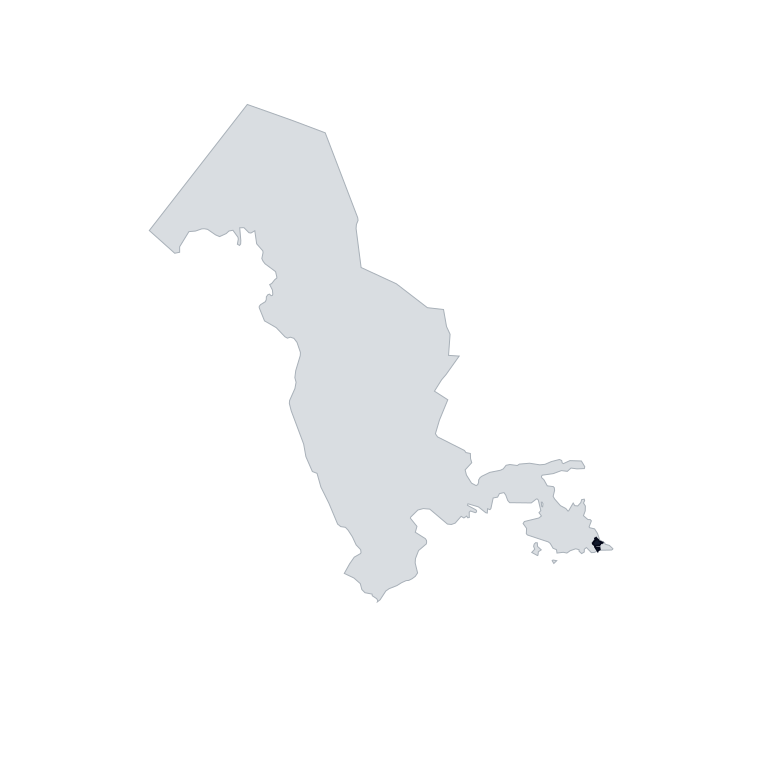 Djalalkuduk, Andijon, Uzbekistan (highlighted), rotated 27°
{"feature_id": "79887680B24137157284199", "entity_name": "Djalalkuduk", "entity_type": "district", "adm_level": 2, "iso_a3": "UZB", "parent_name": "Uzbekistan", "parent_adm1": "Andijon", "projection": "albers", "projection_center": [72.656, 40.749], "detail": "fine", "context": "in_parent", "style": "filled", "palette": "ink", "viewbox_px": 768, "rotation_deg": 27, "n_neighbors": 0, "source": "geoboundaries", "source_scale": "gbopen_adm2", "svg_char_len": 4483}
<svg xmlns="http://www.w3.org/2000/svg" viewBox="0 0 768 768"><g transform="rotate(27 384 384)"><path d="M584.4,367.9L594.8,363.0L600.4,366.5L600.9,368.4L594.5,372.0L588.8,374.0L587.0,378.6L581.4,380.6L575.5,387.0L566.4,393.4L566.2,394.8L567.0,395.9L569.9,396.7L575.7,400.6L581.4,398.6L582.8,399.1L584.3,401.3L585.7,407.3L588.2,409.0L596.4,412.3L602.5,412.4L605.6,413.7L606.1,413.2L606.6,404.2L609.2,405.8L612.0,404.7L613.2,400.3L612.6,397.3L614.7,395.7L615.7,396.8L615.8,399.5L618.8,401.3L620.9,405.7L621.5,410.8L627.2,412.2L629.3,411.2L630.9,411.8L631.6,418.2L632.4,418.7L637.4,417.5L642.0,420.2L647.1,425.1L652.7,425.4L653.9,426.3L658.0,425.5L662.7,426.8L662.8,427.6L662.0,428.7L650.9,434.6L647.8,438.7L645.3,440.1L638.6,437.8L637.5,440.3L638.7,442.8L637.1,445.4L633.7,444.4L633.0,443.1L629.6,443.8L625.6,448.0L623.7,451.6L620.1,452.6L614.9,456.1L612.9,453.3L609.2,453.6L604.5,450.6L602.1,450.1L580.4,453.4L578.8,452.8L576.6,447.9L571.3,445.2L571.5,442.8L582.8,433.1L584.2,430.1L580.5,428.3L581.2,425.6L574.3,417.5L573.0,416.9L572.0,417.2L569.2,423.1L549.8,432.7L547.1,431.6L542.9,427.7L540.2,426.3L536.6,429.3L536.6,433.2L533.0,436.0L535.8,446.5L535.4,447.9L532.9,448.1L534.6,452.1L533.1,452.5L523.9,450.6L513.2,452.6L513.4,454.2L523.0,454.4L524.2,455.1L524.4,456.4L523.8,457.2L518.7,457.9L518.1,459.5L520.6,464.2L519.3,465.2L517.6,464.2L516.0,467.1L512.8,466.9L510.6,475.6L507.8,478.6L504.1,480.0L481.6,474.7L475.5,477.2L471.4,480.9L468.2,490.5L468.4,491.6L478.0,495.9L479.2,501.9L491.0,503.0L492.9,504.1L493.8,505.6L494.3,507.3L490.4,516.7L491.3,525.3L493.0,529.3L499.7,537.1L499.2,541.2L497.4,544.8L495.2,547.8L493.0,549.1L489.9,553.0L487.0,557.8L481.5,564.0L479.6,567.6L478.5,578.0L477.0,581.1L476.8,579.9L475.0,578.6L469.7,578.0L468.8,576.6L461.8,578.6L457.6,577.2L453.5,572.6L445.2,570.5L434.6,570.8L435.0,559.9L436.1,551.8L440.1,545.7L440.0,544.5L438.4,542.2L432.2,540.0L425.2,534.5L418.5,530.6L414.7,529.2L410.2,530.7L406.3,529.9L389.1,515.3L374.6,504.5L364.9,494.0L359.9,494.5L347.4,484.2L339.7,474.0L313.5,450.0L308.5,444.3L307.4,441.6L306.7,428.5L304.9,422.4L301.7,418.8L299.3,412.2L296.5,396.7L295.2,393.8L287.6,386.4L283.0,384.2L279.3,384.8L277.1,387.0L274.3,386.9L262.4,382.7L248.9,382.0L238.2,372.7L237.6,371.4L238.0,369.3L240.9,364.5L240.8,362.3L239.6,359.7L240.0,357.1L241.2,355.9L243.3,356.6L244.3,355.8L244.2,354.5L241.9,350.9L237.0,347.3L238.3,345.5L239.3,340.7L240.4,338.2L239.9,337.3L236.4,333.1L223.4,330.9L220.5,329.5L218.2,327.7L216.6,321.9L215.6,320.4L206.9,316.9L199.3,306.1L196.9,309.9L195.0,310.5L188.3,308.3L184.5,310.3L191.3,321.2L192.7,324.3L192.4,326.1L189.9,326.0L188.4,321.0L187.2,319.5L179.6,315.6L176.4,318.1L175.1,321.6L170.6,327.3L166.3,327.6L156.6,326.3L153.5,327.2L151.2,328.5L146.6,333.3L141.0,336.8L139.6,354.5L142.1,359.4L138.2,362.5L105.2,353.8L135.3,197.0L183.4,190.7L217.6,186.9L285.1,247.8L286.6,250.0L287.0,254.4L288.5,258.1L310.7,290.6L349.5,289.1L388.0,296.3L403.2,290.6L413.6,304.4L420.3,309.7L428.5,329.2L438.3,325.0L435.0,347.4L433.4,354.1L432.2,367.5L448.0,369.1L449.8,391.1L452.4,405.0L455.7,406.8L485.9,406.7L488.1,407.9L492.5,406.7L495.0,411.2L497.9,414.3L495.3,423.7L498.8,427.7L507.0,432.6L512.2,432.7L513.2,431.1L513.0,428.9L511.9,426.5L512.1,423.7L513.1,421.7L518.4,414.7L526.9,408.0L528.8,405.5L529.7,401.0L532.7,398.6L539.8,396.1L541.0,393.9L549.7,388.5L559.5,385.3L563.9,382.5L568.3,377.2L574.6,371.6L577.0,371.5L578.6,373.4L580.0,373.5L584.4,367.9ZM581.1,421.4L580.1,418.6L578.6,417.5L577.8,417.9L580.1,421.5L581.1,421.4ZM598.6,467.2L592.1,467.0L593.3,462.8L591.0,460.7L590.5,458.5L591.1,456.6L592.7,455.9L594.5,459.0L599.4,460.4L597.7,463.4L598.9,466.6L598.6,467.2ZM618.1,463.0L616.8,466.8L614.0,465.1L614.5,464.1L618.1,463.0Z" fill="#d9dde1" stroke="#a8b0b8" stroke-width="1"/><path d="M642.3,430.4L642.7,430.7L642.1,431.2L642.7,431.8L643.8,432.1L645.4,432.4L645.7,433.4L646.4,433.8L647.7,434.6L648.9,435.3L650.5,436.2L650.4,435.4L650.5,435.1L651.0,434.6L651.0,434.4L650.7,434.1L650.6,433.8L650.6,433.5L650.9,433.3L651.4,433.2L650.5,432.0L649.4,432.8L649.2,432.4L648.6,432.5L647.0,433.6L645.9,432.4L646.3,431.7L647.8,430.7L649.3,430.3L648.8,429.8L649.6,429.0L649.4,427.0L650.6,427.0L650.7,426.6L650.2,426.4L651.0,426.1L650.9,425.8L650.0,426.2L648.8,426.0L647.6,426.4L646.4,426.0L645.3,425.3L644.6,425.3L642.7,424.5L642.5,425.1L641.9,425.8L642.4,426.4L643.5,426.4L643.7,427.0L642.6,427.8L642.9,428.6L642.2,429.0L642.2,429.5L642.7,429.9L642.3,430.4Z" fill="#0f172a" stroke="#020617" stroke-width="1.5"/></g></svg>